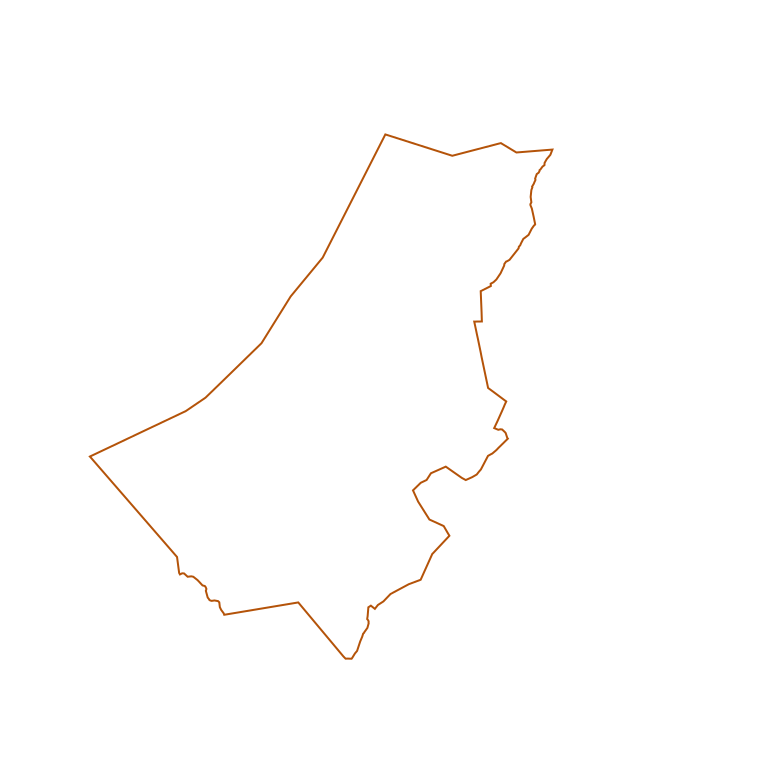 Valerio Trujano, Oaxaca, Mexico, rotated 51°
{"feature_id": "50627088B90895159009900", "entity_name": "Valerio Trujano", "entity_type": "district", "adm_level": 2, "iso_a3": "MEX", "parent_name": "Mexico", "parent_adm1": "Oaxaca", "projection": "robinson", "projection_center": [-96.976, 17.773], "detail": "fine", "context": "isolated", "style": "outline", "palette": "amber", "viewbox_px": 768, "rotation_deg": 51, "n_neighbors": 0, "source": "geoboundaries", "source_scale": "gbopen_adm2", "svg_char_len": 2181}
<svg xmlns="http://www.w3.org/2000/svg" viewBox="0 0 768 768"><g transform="rotate(51 384 384)"><path d="M190.9,225.9L247.2,352.1L257.2,401.4L275.2,453.5L279.9,504.6L282.3,531.3L280.3,555.1L255.3,658.2L388.2,653.7L401.9,662.1L403.6,662.4L404.1,660.0L405.4,658.6L410.2,657.9L412.2,654.8L413.8,653.5L419.1,652.3L426.3,651.8L428.2,650.4L429.5,650.4L431.3,650.9L432.0,651.6L432.6,652.6L439.0,655.4L440.8,655.4L441.8,655.6L442.8,655.3L444.1,654.4L445.5,652.0L448.3,649.6L449.1,649.5L450.0,649.4L454.1,652.0L457.1,652.7L461.4,652.9L462.8,653.4L499.8,588.1L570.1,587.0L573.3,586.7L574.4,585.2L577.1,582.1L576.8,580.9L575.1,576.1L574.5,572.9L569.1,564.5L566.7,560.0L564.9,557.3L564.8,556.0L564.5,555.5L563.1,550.4L560.3,546.5L559.6,546.1L558.7,545.3L557.5,545.0L556.1,545.0L554.1,542.8L549.7,538.6L547.7,536.7L548.0,533.7L553.0,532.6L551.9,527.8L552.6,521.3L551.3,511.1L555.2,490.7L559.2,478.7L546.4,453.3L546.4,452.6L543.1,428.7L538.4,428.0L532.0,427.0L517.9,434.0L496.9,431.5L484.9,428.4L483.9,417.6L485.4,411.3L482.9,403.7L487.1,388.0L506.0,382.6L510.1,380.9L511.9,374.0L512.7,368.9L511.9,365.4L511.4,362.5L505.3,348.4L506.0,344.4L506.2,343.7L506.1,339.0L506.0,337.6L505.7,335.5L504.4,322.1L503.4,322.1L498.7,320.3L497.6,320.3L493.7,320.8L492.4,322.1L491.5,324.0L487.6,326.1L484.3,319.2L480.6,311.9L479.5,309.7L477.1,305.1L476.0,303.1L474.5,300.0L463.4,302.8L452.6,305.6L424.3,291.1L420.0,288.8L408.0,282.6L403.8,280.5L401.1,279.1L392.3,274.6L397.0,268.6L389.5,262.9L372.7,250.4L375.1,239.3L373.2,238.0L373.8,234.9L373.5,230.9L371.3,223.7L367.6,216.1L366.5,215.0L365.7,212.1L366.1,210.9L366.5,208.3L363.3,194.1L362.2,192.8L361.9,190.8L361.0,189.2L358.9,184.4L359.0,182.6L359.1,177.8L356.3,171.5L355.3,168.0L355.2,167.4L355.3,167.0L355.0,166.0L348.1,162.4L340.7,158.7L337.3,157.7L336.4,157.1L335.5,155.1L330.9,152.3L328.9,150.3L328.7,150.1L326.0,147.4L324.5,144.9L323.8,144.7L322.7,141.7L321.5,139.5L321.0,138.3L320.2,137.5L319.6,137.4L318.7,136.0L317.0,133.2L317.1,130.8L316.4,129.2L315.7,128.5L315.7,127.4L314.8,124.0L314.9,121.6L313.2,120.0L311.6,115.9L310.6,110.5L307.8,105.6L287.4,135.4L270.3,141.6L249.6,187.3L190.9,225.9Z" fill="none" stroke="#b45309" stroke-width="2"/></g></svg>